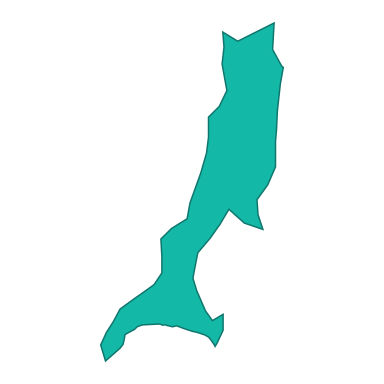 Palaichori Oreinis, Nicosia, Cyprus (Equal Earth projection)
{"feature_id": "46923920B93188189979448", "entity_name": "Palaichori Oreinis", "entity_type": "district", "adm_level": 2, "iso_a3": "CYP", "parent_name": "Cyprus", "parent_adm1": "Nicosia", "projection": "equal_earth", "projection_center": [33.105, 34.937], "detail": "fine", "context": "isolated", "style": "filled", "palette": "teal", "viewbox_px": 384, "rotation_deg": 0, "n_neighbors": 0, "source": "geoboundaries", "source_scale": "gbopen_adm2", "svg_char_len": 1068}
<svg xmlns="http://www.w3.org/2000/svg" viewBox="0 0 384 384"><path d="M222.8,32.1L224.0,47.1L222.1,64.1L224.0,74.7L226.9,90.6L219.2,106.5L208.5,117.1L208.5,137.2L206.5,153.1L200.7,173.2L190.0,202.9L187.1,218.8L171.6,228.4L160.9,239.0L161.9,257.0L161.9,272.9L154.1,284.6L145.4,290.9L134.7,298.4L120.1,309.0L113.3,321.7L106.5,332.3L100.7,345.0L105.5,361.0L120.1,348.2L123.0,344.5L123.0,344.4L123.7,341.8L125.1,334.6L128.0,332.9L134.5,329.4L137.3,326.7L142.3,324.9L149.9,324.5L159.5,324.0L162.6,325.1L165.7,324.9L167.6,325.7L168.5,325.8L172.5,326.8L176.6,325.8L183.8,328.5L189.8,330.5L193.0,331.5L196.2,332.1L200.6,333.5L205.2,335.1L208.7,337.2L210.9,339.9L214.5,345.1L215.1,346.4L217.2,342.9L223.1,330.2L223.1,314.3L212.4,320.6L205.6,311.1L196.8,290.9L192.9,278.2L194.9,267.6L197.8,252.8L210.4,237.9L220.1,224.1L228.9,209.3L244.4,223.1L262.9,229.4L258.0,214.6L257.0,199.7L267.7,184.9L275.5,166.9L275.5,141.4L276.5,129.8L277.4,110.7L280.3,84.2L283.3,67.4L281.7,66.1L272.6,49.5L274.1,23.0L237.7,41.2L222.8,32.1Z" fill="#14b8a6" stroke="#0f766e" stroke-width="1.5"/></svg>